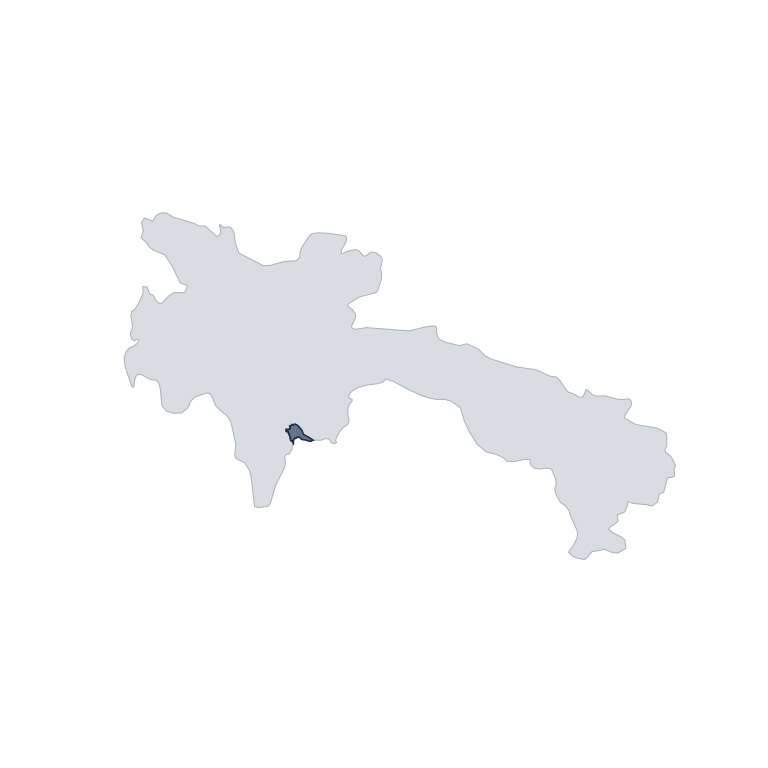 Sangthong, Vientiane [prefecture], Laos shown in context, rotated 330°
{"feature_id": "54806243B2404656271674", "entity_name": "Sangthong", "entity_type": "district", "adm_level": 2, "iso_a3": "LAO", "parent_name": "Laos", "parent_adm1": "Vientiane [prefecture]", "projection": "mercator", "projection_center": [102.117, 18.241], "detail": "fine", "context": "in_parent", "style": "filled", "palette": "slate", "viewbox_px": 768, "rotation_deg": 330, "n_neighbors": 0, "source": "geoboundaries", "source_scale": "gbopen_adm2", "svg_char_len": 7301}
<svg xmlns="http://www.w3.org/2000/svg" viewBox="0 0 768 768"><g transform="rotate(330 384 384)"><path d="M281.6,128.0L284.8,134.0L300.0,150.1L302.6,154.5L308.1,157.8L312.8,172.2L314.7,173.1L317.2,172.1L319.1,170.1L320.7,164.5L321.7,163.9L323.4,168.5L327.7,169.9L329.5,171.8L330.1,175.3L329.5,178.8L325.9,187.0L323.8,197.9L338.6,221.2L344.8,224.4L359.5,228.2L369.5,233.4L374.1,232.1L378.5,226.4L383.9,223.1L393.8,218.2L396.7,217.9L402.1,219.9L411.1,225.6L424.8,236.5L424.3,239.4L421.8,242.2L414.5,246.5L412.2,249.3L413.6,250.3L419.7,251.0L426.8,253.5L429.0,256.3L430.2,262.8L431.5,264.0L438.1,263.3L440.2,264.1L442.6,266.2L444.9,271.6L444.8,275.6L438.3,282.7L437.5,286.9L434.1,291.9L425.0,300.3L422.6,300.8L405.9,296.2L392.6,296.8L391.5,298.6L393.8,303.7L394.4,308.8L392.4,312.6L384.7,317.6L384.4,319.7L386.0,322.0L397.1,326.5L432.5,350.7L448.6,355.3L455.8,358.3L457.6,360.0L457.5,362.1L455.7,364.8L454.1,369.6L454.1,372.4L455.7,375.1L458.6,379.2L468.5,388.4L475.8,390.6L483.3,401.0L485.6,410.2L489.3,416.1L507.7,435.8L523.0,447.9L532.2,461.0L536.6,463.9L538.0,468.7L539.2,482.4L544.5,489.3L545.6,492.0L547.9,494.1L550.4,494.5L555.9,490.0L556.9,490.6L559.4,497.9L561.6,500.5L569.7,504.9L578.3,513.7L582.9,516.8L588.7,519.3L589.5,522.1L588.5,524.9L586.6,526.7L576.6,531.7L575.3,533.9L581.9,545.0L598.5,558.8L603.7,567.0L602.6,571.0L598.0,579.0L594.6,581.1L593.6,583.6L596.2,590.1L595.9,600.2L592.7,602.6L589.8,608.8L587.8,609.2L582.7,607.0L572.0,617.6L567.4,617.0L562.0,622.9L555.1,623.7L550.4,619.3L540.2,612.2L536.6,607.8L533.4,611.6L528.0,615.3L520.5,614.0L518.5,619.3L517.0,620.2L507.8,621.1L506.1,622.0L507.6,626.8L513.0,635.0L514.6,639.7L511.2,647.4L501.8,647.2L497.5,644.0L492.2,637.5L480.0,633.2L471.9,636.2L469.5,636.0L463.4,630.6L461.1,627.0L459.7,621.8L469.0,617.6L473.7,614.3L476.8,610.7L478.0,607.1L479.5,591.9L480.9,586.5L480.1,579.9L477.6,574.7L477.6,566.9L479.0,560.6L482.5,557.5L484.9,552.9L486.4,542.7L485.3,540.1L481.8,537.6L476.0,535.2L472.3,532.2L470.8,528.6L470.9,525.4L472.7,522.7L468.3,519.6L457.7,516.3L451.8,512.2L450.6,507.5L446.1,501.3L438.5,493.6L434.5,482.6L434.1,468.2L435.0,456.4L438.3,442.8L433.9,433.0L429.0,427.8L422.2,423.9L415.7,418.4L409.6,411.3L402.2,400.7L393.6,386.7L387.8,380.4L384.9,381.9L378.7,380.6L369.2,376.5L360.9,374.4L353.9,374.0L349.3,375.0L347.1,377.1L347.0,379.2L348.8,381.3L347.8,382.9L344.1,384.1L341.1,386.4L337.8,391.5L335.5,398.3L332.0,400.9L326.6,401.4L321.2,403.4L316.0,406.6L313.5,409.1L313.8,410.8L312.7,411.2L310.1,410.2L308.9,408.0L309.1,404.5L306.4,402.2L300.9,401.0L294.7,397.2L282.8,387.5L280.1,387.1L276.2,389.6L271.1,395.0L266.9,397.2L263.6,396.1L261.1,398.0L259.3,402.9L256.0,406.8L240.0,417.2L225.7,430.7L222.0,431.9L213.3,428.1L210.6,425.5L222.5,398.0L224.3,391.3L223.9,382.4L218.8,375.0L218.6,372.9L219.4,370.6L225.5,362.1L232.6,340.0L232.2,333.1L229.1,325.5L227.4,318.3L228.8,308.5L228.2,304.7L224.9,302.8L213.9,300.8L207.6,302.4L204.6,305.1L201.0,306.8L194.1,307.7L187.5,304.4L182.1,298.7L180.8,291.8L187.6,276.9L189.3,271.2L189.1,268.5L187.9,265.7L186.3,265.3L182.8,261.8L179.4,255.6L176.1,252.7L173.1,253.3L170.3,255.6L165.8,261.5L164.3,260.7L168.3,240.1L172.1,231.3L176.6,227.2L181.4,225.5L186.4,226.2L190.5,225.4L193.9,223.2L193.6,222.0L189.6,221.7L188.0,219.4L188.9,215.0L190.6,212.1L193.4,210.8L196.0,206.3L198.6,198.8L201.7,194.9L205.4,194.8L211.7,191.6L220.6,185.2L224.0,179.0L227.4,181.8L226.1,189.0L227.9,190.5L228.7,193.1L228.2,197.1L229.0,200.5L230.3,202.2L232.3,203.0L241.7,200.1L247.5,199.8L257.0,205.1L262.6,201.2L262.6,199.7L258.0,194.8L259.5,176.6L258.8,162.7L251.0,152.5L249.5,148.4L248.6,141.6L246.5,135.9L252.0,131.2L255.0,122.7L259.0,120.6L260.2,121.0L265.0,127.4L271.0,124.2L275.6,124.2L279.5,125.9L281.6,128.0Z" fill="#d9dde1" stroke="#a8b0b8" stroke-width="1"/><path d="M275.9,375.0L275.8,375.3L275.8,375.5L275.7,375.5L275.6,375.8L275.8,375.9L275.8,376.0L275.8,376.3L275.7,376.4L275.9,376.6L276.0,376.5L276.0,376.4L276.3,376.3L276.5,376.5L276.8,376.9L276.8,377.1L276.8,377.3L277.0,377.4L277.2,377.5L277.1,377.9L277.1,378.0L276.8,378.2L276.6,378.4L276.5,378.8L276.5,379.0L276.9,379.2L277.0,379.2L277.0,379.3L276.8,379.6L276.6,379.9L276.5,380.1L276.4,380.2L276.3,380.4L276.5,380.5L276.5,380.8L276.5,381.1L276.4,381.3L276.3,381.6L276.3,382.0L276.2,382.2L276.1,382.6L276.0,382.8L276.0,383.1L276.0,383.3L275.5,383.6L275.5,383.8L275.6,384.0L275.6,384.3L275.4,384.4L275.4,384.6L275.5,385.0L275.4,385.1L275.1,385.7L274.9,386.1L274.9,386.3L275.0,386.7L275.0,386.8L275.3,386.8L275.5,386.8L275.9,387.1L275.8,387.6L275.7,387.9L275.7,388.1L275.8,388.3L275.8,388.6L275.8,388.8L275.8,389.1L275.8,389.5L275.7,389.9L275.6,390.3L275.6,390.6L275.8,390.5L276.0,390.3L276.1,390.2L276.2,389.7L276.3,389.4L276.4,389.0L276.6,388.5L276.6,388.3L276.6,388.2L276.7,387.9L276.8,387.7L277.0,387.6L277.3,387.4L277.7,387.2L277.9,387.1L278.0,387.0L278.3,386.8L278.6,386.7L278.9,386.5L279.0,386.4L279.3,386.4L279.6,386.4L280.1,386.7L280.4,386.8L280.6,386.9L280.9,386.9L281.1,386.9L281.4,386.7L281.6,386.7L281.9,386.6L282.0,386.7L282.4,386.8L282.6,386.9L282.7,387.0L282.9,387.1L283.1,387.1L283.3,387.2L283.6,387.2L283.8,387.2L283.9,387.4L284.0,387.5L284.2,387.8L284.3,388.2L284.3,388.3L284.4,388.6L284.4,389.0L284.5,389.5L284.7,389.8L284.7,390.0L284.8,390.2L284.8,390.3L284.9,390.5L285.0,390.7L285.1,390.8L285.4,391.1L285.5,391.2L285.5,391.3L285.6,391.5L285.8,391.7L286.0,391.8L286.5,392.0L286.9,392.2L287.0,392.2L287.1,392.4L287.2,392.6L287.3,392.8L287.5,392.9L288.0,393.2L288.3,393.5L288.7,393.9L288.9,394.3L289.6,395.0L289.8,395.2L290.0,395.6L291.0,396.5L291.3,396.7L291.6,396.7L291.7,396.8L291.8,396.8L292.1,396.9L292.3,397.1L292.5,397.1L293.0,397.1L293.3,397.0L293.5,397.0L293.8,397.0L294.3,397.2L294.6,397.3L294.5,397.0L294.4,396.8L294.2,396.4L294.0,396.2L293.9,395.9L293.5,395.0L293.3,394.7L292.9,394.1L292.7,393.6L292.5,393.0L292.3,392.7L292.2,392.4L292.1,392.1L291.1,390.8L290.9,390.5L290.6,389.9L290.4,389.6L290.1,389.2L290.0,388.9L289.9,388.7L289.7,388.4L289.5,388.0L289.4,387.7L289.2,387.1L289.2,386.7L289.2,386.3L289.3,386.0L289.4,385.5L289.5,385.1L289.5,384.8L289.7,383.7L289.7,383.4L289.7,382.9L289.7,382.6L289.6,382.4L289.6,382.1L289.5,381.3L289.5,381.0L289.4,380.6L289.2,380.1L289.2,379.9L289.2,378.9L288.9,378.3L288.8,378.1L288.7,377.8L288.6,377.4L288.6,376.9L288.5,376.5L288.4,376.4L288.1,376.1L287.9,375.9L287.7,375.5L287.6,375.2L287.4,374.8L287.1,374.4L286.9,374.1L286.6,374.1L286.3,374.1L286.0,374.0L285.8,373.9L285.5,373.9L285.2,373.8L284.9,373.7L284.7,373.6L284.4,373.5L284.3,373.4L284.3,373.5L284.2,373.4L284.3,373.4L284.2,373.4L284.0,373.2L283.9,373.2L283.7,373.2L283.6,373.3L283.4,373.4L283.2,373.4L282.8,373.4L282.7,373.4L282.6,373.6L282.4,373.6L282.1,373.5L281.7,373.3L281.5,373.2L281.4,373.1L281.2,373.1L281.2,373.3L281.3,373.3L281.3,373.5L281.2,373.6L281.3,373.7L281.2,373.8L281.2,374.0L281.0,374.4L281.0,374.5L281.0,374.8L280.9,374.8L280.7,375.0L280.6,375.3L280.6,375.5L280.4,375.7L280.4,375.8L280.0,375.8L279.8,375.8L279.7,375.8L279.4,375.8L279.3,375.7L279.2,375.7L279.1,375.4L278.9,375.3L278.9,375.5L278.7,375.5L278.7,375.4L278.4,375.4L278.3,375.2L278.2,375.1L277.9,375.1L277.7,375.1L277.4,375.1L277.2,375.2L276.9,375.1L276.9,374.9L276.7,374.8L276.7,374.7L276.5,374.8L276.4,374.8L276.1,374.8L276.1,374.7L276.0,374.8L275.9,375.0L275.9,375.0Z" fill="#64748b" stroke="#1e293b" stroke-width="1.5"/></g></svg>